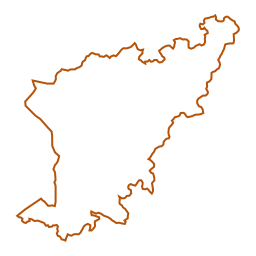 Caraíbas, Bahia, Brazil (Albers equal-area conic projection)
{"feature_id": "56859067B21681248066592", "entity_name": "Caraíbas", "entity_type": "district", "adm_level": 2, "iso_a3": "BRA", "parent_name": "Brazil", "parent_adm1": "Bahia", "projection": "albers", "projection_center": [-41.254, -14.633], "detail": "fine", "context": "isolated", "style": "outline", "palette": "amber", "viewbox_px": 256, "rotation_deg": 0, "n_neighbors": 0, "source": "geoboundaries", "source_scale": "gbopen_adm2", "svg_char_len": 4727}
<svg xmlns="http://www.w3.org/2000/svg" viewBox="0 0 256 256"><path d="M227.6,16.6L225.5,16.9L224.0,18.3L223.7,20.5L222.3,21.4L220.6,21.4L218.1,21.2L215.8,19.4L216.1,17.3L215.2,15.4L213.6,16.6L211.4,16.9L209.4,17.7L207.2,18.2L205.1,18.6L203.9,20.3L204.5,22.8L202.9,24.4L200.4,23.7L199.6,25.4L200.1,27.2L201.1,29.0L203.1,29.0L204.4,27.7L205.5,29.3L207.4,31.0L207.8,33.0L206.2,33.9L204.6,34.9L205.3,36.6L204.8,38.9L205.1,42.1L203.8,44.6L201.6,45.5L199.5,44.2L197.8,45.1L195.8,45.8L193.7,47.8L191.1,48.7L188.7,47.6L188.5,44.2L188.7,41.5L186.8,39.6L184.9,39.3L182.6,39.5L180.3,38.2L178.1,38.7L175.4,39.2L173.8,40.2L175.1,42.1L174.6,43.9L174.2,46.5L173.0,48.6L171.3,47.1L169.5,45.5L167.2,45.7L165.0,46.5L162.3,48.1L160.6,49.7L159.1,50.7L159.8,52.4L161.1,54.1L162.3,56.4L164.2,57.5L164.7,59.3L163.2,60.8L161.8,62.1L159.4,62.5L157.9,61.5L156.9,60.0L154.5,60.0L152.8,61.4L151.0,61.7L149.3,60.0L147.6,61.5L145.2,61.6L145.3,63.6L142.4,61.9L141.0,60.5L138.9,59.3L139.3,56.6L140.8,55.1L142.5,53.2L142.4,51.5L143.0,49.6L140.1,50.3L137.7,49.1L136.7,46.9L136.0,44.7L134.7,43.1L133.0,45.0L130.8,47.0L127.7,48.1L125.8,48.4L123.5,48.2L121.8,49.4L120.5,50.9L118.9,53.0L117.1,55.0L115.9,56.2L113.6,55.4L111.1,56.4L109.7,58.0L108.1,56.5L106.3,55.3L103.8,56.9L101.6,56.4L99.7,56.4L98.7,54.5L95.6,54.3L93.3,53.3L91.5,53.0L89.8,54.5L88.5,56.1L86.8,56.2L85.7,58.1L85.1,60.1L82.9,61.6L82.1,63.1L81.7,65.4L79.6,67.1L76.9,68.0L75.2,69.3L72.4,69.4L70.2,69.5L68.0,70.7L66.1,70.1L64.0,69.7L61.7,69.2L60.6,70.9L59.0,71.9L57.1,73.4L55.7,76.3L55.9,79.0L55.2,80.9L53.6,83.6L47.2,83.6L32.7,80.5L33.6,83.7L34.3,85.8L35.9,88.3L33.3,92.5L25.2,101.6L25.6,105.8L35.4,115.6L40.3,119.0L47.5,127.2L51.6,131.6L52.1,135.3L52.3,146.1L55.0,152.4L59.1,156.0L58.5,158.9L57.5,161.9L56.3,163.6L54.8,165.3L54.1,167.5L53.4,169.3L54.5,171.2L55.2,173.4L55.2,175.5L55.4,177.4L55.5,180.2L54.4,182.3L55.5,185.4L55.6,187.2L55.6,191.3L55.6,201.9L54.8,206.1L52.3,205.4L50.2,205.7L48.0,205.8L46.7,204.1L45.4,202.7L44.4,201.4L42.8,200.6L41.1,198.6L25.2,209.4L17.2,215.8L18.9,217.1L21.1,217.6L22.5,218.8L21.9,220.7L23.8,222.4L25.9,223.0L27.2,221.7L29.6,221.1L29.4,218.8L31.8,219.3L34.4,221.0L37.3,220.6L39.1,221.0L41.4,222.0L43.8,222.8L44.9,224.1L45.9,225.7L47.9,225.2L48.9,227.0L51.9,226.6L53.0,225.4L54.7,225.4L56.7,225.0L57.9,226.4L57.2,228.8L57.9,231.1L56.8,233.4L57.8,235.8L60.0,236.6L61.7,239.4L63.8,239.8L65.4,240.6L66.0,238.4L67.0,236.2L67.7,234.3L69.3,235.1L71.3,235.7L73.9,234.3L76.1,234.1L78.6,234.3L80.5,232.7L81.7,230.4L82.8,228.6L83.8,226.4L85.8,224.8L87.8,223.9L90.4,225.2L90.1,228.3L89.5,230.4L91.5,230.5L93.0,229.0L94.3,227.5L95.1,225.8L94.8,223.3L94.9,221.3L97.1,220.2L99.3,218.9L99.2,217.3L97.2,216.6L95.6,216.0L93.3,215.3L91.7,215.2L91.2,213.5L91.3,211.5L93.7,212.6L96.0,213.6L98.6,212.7L101.2,213.8L103.5,215.5L105.8,216.4L108.0,217.2L110.5,218.8L112.4,220.6L114.2,221.5L116.3,223.0L119.2,222.7L121.6,223.4L124.9,223.9L125.7,221.8L124.5,220.5L126.2,219.3L127.7,218.4L127.8,216.1L128.3,213.3L126.7,211.1L125.2,208.9L123.2,207.6L121.9,205.4L119.8,204.0L119.4,202.3L119.7,200.3L119.8,198.4L119.2,196.6L121.8,198.3L123.8,198.3L125.4,197.7L126.7,196.0L129.4,195.7L131.2,193.4L130.9,190.1L128.7,188.9L128.1,187.1L128.9,185.2L130.6,184.1L133.2,185.1L135.4,185.6L136.4,184.2L137.7,182.1L139.3,180.2L141.4,180.4L142.7,182.7L142.6,184.4L142.0,186.3L142.7,188.9L145.0,189.3L147.2,188.6L148.6,190.0L150.1,192.0L151.8,193.6L152.6,192.1L153.1,190.2L152.7,187.7L152.4,185.4L152.0,183.2L153.2,181.7L154.4,180.3L154.3,178.0L153.6,175.1L153.1,173.5L151.1,172.8L149.7,170.7L151.2,169.1L154.0,166.9L154.2,164.1L152.9,162.6L151.7,161.2L150.4,160.1L148.5,159.1L150.1,157.7L151.2,155.8L152.5,153.6L154.1,151.7L155.3,148.9L157.8,147.4L159.6,146.5L161.7,146.2L163.4,144.5L163.7,141.8L165.4,139.6L167.0,138.6L168.9,138.3L169.5,136.6L168.7,134.6L168.4,132.6L168.6,130.7L168.8,128.5L169.8,126.8L171.5,125.1L173.2,122.7L171.9,120.6L173.3,119.3L174.9,117.2L177.1,116.7L179.4,115.8L180.7,113.0L183.7,112.8L185.0,114.0L186.2,116.1L187.8,117.2L189.7,116.7L191.3,116.4L192.9,115.8L195.3,114.7L198.3,114.6L201.0,114.1L203.3,113.0L202.7,109.5L201.2,107.0L199.0,106.3L197.3,103.5L197.1,100.8L198.4,98.6L200.0,97.6L201.4,96.6L203.0,95.6L205.5,95.6L207.2,94.3L208.0,92.6L207.4,90.8L206.2,88.8L207.1,86.7L207.0,84.6L206.9,82.6L209.6,81.3L211.4,78.9L211.5,75.7L211.5,72.9L212.9,71.9L215.2,71.2L217.0,69.3L218.7,68.5L219.6,66.5L220.0,64.7L219.6,62.5L218.2,59.8L219.5,57.9L220.5,55.6L222.0,53.5L222.9,51.0L223.9,49.4L224.7,46.5L225.3,44.4L227.4,43.8L229.8,43.4L231.7,43.5L233.4,43.3L233.9,41.5L234.0,39.2L233.8,36.6L233.7,34.1L235.6,33.2L237.0,32.3L238.7,30.5L238.8,28.3L238.0,26.6L236.7,25.2L235.4,23.9L234.6,21.4L232.4,20.3L230.8,19.3L229.2,17.9L227.6,16.6Z" fill="none" stroke="#b45309" stroke-width="2"/></svg>